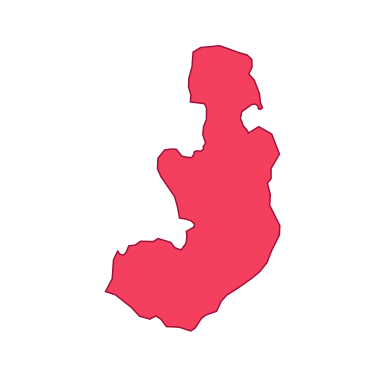 Nyong-et-So, Centre, Cameroon (Natural Earth projection), rotated 321°
{"feature_id": "32672807B23369878558765", "entity_name": "Nyong-et-So", "entity_type": "district", "adm_level": 2, "iso_a3": "CMR", "parent_name": "Cameroon", "parent_adm1": "Centre", "projection": "natural_earth1", "projection_center": [11.573, 3.467], "detail": "fine", "context": "isolated", "style": "filled", "palette": "rose", "viewbox_px": 384, "rotation_deg": 321, "n_neighbors": 0, "source": "geoboundaries", "source_scale": "gbopen_adm2", "svg_char_len": 1614}
<svg xmlns="http://www.w3.org/2000/svg" viewBox="0 0 384 384"><g transform="rotate(321 192 192)"><path d="M186.9,144.3L179.9,152.0L177.6,160.3L177.4,162.5L175.6,184.6L171.2,194.8L165.9,204.5L169.3,208.1L173.1,213.5L173.8,218.4L171.3,220.5L162.8,219.0L160.2,223.2L155.3,228.0L154.3,228.3L147.0,230.2L143.6,224.5L143.7,217.7L136.4,206.9L130.7,206.1L121.0,197.9L114.3,197.5L109.0,194.1L102.2,197.7L98.9,197.9L96.8,194.8L97.0,191.2L88.4,195.2L75.3,209.3L62.1,214.9L67.8,223.7L72.3,243.8L73.1,255.6L79.5,264.5L80.6,264.4L85.9,265.6L87.8,271.3L87.4,280.5L96.8,288.8L103.6,299.2L108.9,299.7L110.1,299.3L119.5,296.2L124.8,296.2L126.6,296.8L136.1,300.1L145.9,295.3L152.7,294.2L154.2,294.0L164.4,295.3L168.2,295.6L183.3,296.6L193.8,296.6L195.0,296.4L205.9,294.0L216.5,287.9L218.0,287.2L223.9,284.5L232.7,280.5L239.1,273.4L244.0,251.2L250.0,244.6L251.2,243.3L256.1,232.6L261.7,231.5L268.2,223.5L283.8,217.6L290.4,197.1L285.0,183.2L273.1,181.7L273.8,177.6L273.4,173.0L276.1,165.1L281.4,160.9L285.9,161.2L293.1,161.5L296.5,163.4L297.4,166.5L296.0,169.2L297.1,170.9L299.8,170.8L301.4,165.6L306.3,158.1L307.7,153.7L310.8,144.2L310.4,135.9L317.2,132.8L321.9,126.5L321.0,120.1L315.6,112.4L311.2,104.9L305.5,95.7L298.3,90.9L289.7,85.2L281.0,83.9L273.5,91.8L271.2,94.4L262.7,100.5L261.0,101.8L255.3,108.4L252.3,115.8L247.4,121.0L257.2,131.1L256.1,135.9L248.9,144.6L242.2,148.4L236.5,154.2L233.4,162.5L229.5,163.7L227.6,166.1L224.4,165.7L221.1,162.6L219.1,162.2L217.0,163.9L213.4,165.0L209.9,161.8L206.7,157.7L206.7,149.0L203.9,146.4L201.3,144.6L197.3,142.1L186.9,144.3Z" fill="#f43f5e" stroke="#9f1239" stroke-width="1.5"/></g></svg>